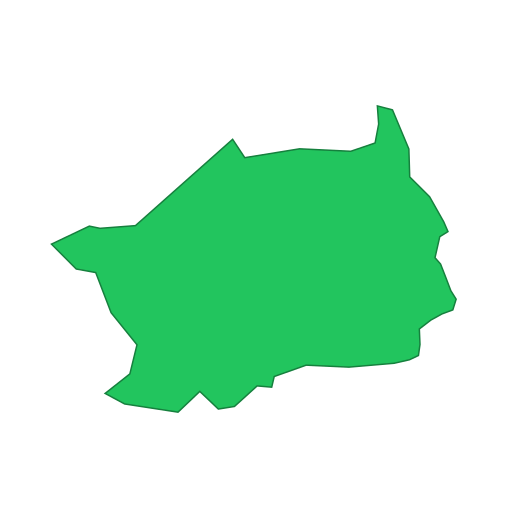 Librazhd, Elbasan, Albania, rotated 98°
{"feature_id": "67620474B87569046172350", "entity_name": "Librazhd", "entity_type": "district", "adm_level": 2, "iso_a3": "ALB", "parent_name": "Albania", "parent_adm1": "Elbasan", "projection": "albers", "projection_center": [20.392, 41.155], "detail": "fine", "context": "isolated", "style": "filled", "palette": "green", "viewbox_px": 512, "rotation_deg": 98, "n_neighbors": 0, "source": "geoboundaries", "source_scale": "gbopen_adm2", "svg_char_len": 727}
<svg xmlns="http://www.w3.org/2000/svg" viewBox="0 0 512 512"><g transform="rotate(98 256 256)"><path d="M173.2,92.3L156.3,114.8L128.8,119.5L92.3,141.2L90.5,156.7L108.3,152.9L127.5,153.8L139.1,176.7L143.8,227.8L160.2,280.8L143.7,295.4L242.7,379.6L250.3,414.3L249.6,425.2L272.7,460.2L293.9,432.2L294.7,412.4L332.3,391.6L360.5,361.5L390.3,364.5L413.1,386.3L420.8,365.5L421.5,311.5L397.9,292.8L412.8,272.0L408.0,256.4L384.5,236.8L383.7,222.2L372.8,221.2L357.1,191.1L353.1,148.5L343.0,104.3L337.4,89.6L331.9,81.3L320.8,81.3L305.5,84.1L295.1,73.9L287.5,63.8L282.0,53.6L270.9,51.8L263.3,58.2L251.5,64.7L238.3,72.1L232.8,78.5L211.3,76.7L205.1,69.3L196.1,74.8L173.2,92.3Z" fill="#22c55e" stroke="#15803d" stroke-width="1.5"/></g></svg>